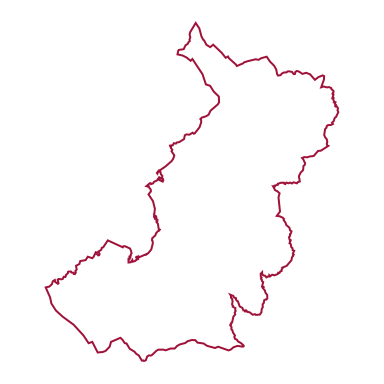 Zapayán, Magdalena, Colombia
{"feature_id": "7082276B87422252526741", "entity_name": "Zapayán", "entity_type": "district", "adm_level": 2, "iso_a3": "COL", "parent_name": "Colombia", "parent_adm1": "Magdalena", "projection": "mercator", "projection_center": [-74.689, 10.137], "detail": "fine", "context": "isolated", "style": "outline", "palette": "rose", "viewbox_px": 384, "rotation_deg": 0, "n_neighbors": 0, "source": "geoboundaries", "source_scale": "gbopen_adm2", "svg_char_len": 5992}
<svg xmlns="http://www.w3.org/2000/svg" viewBox="0 0 384 384"><path d="M88.6,343.2L92.3,341.9L97.7,352.5L102.7,352.0L105.6,350.9L109.7,346.7L111.0,341.9L120.4,337.8L122.5,339.8L124.8,343.2L126.5,343.4L129.7,348.8L134.5,351.7L136.2,353.8L138.8,355.4L141.8,360.6L143.2,360.4L143.9,361.0L145.8,360.3L147.2,356.5L148.9,355.4L150.8,355.6L152.1,354.9L156.5,350.7L158.3,349.7L163.2,349.6L165.5,350.3L170.7,348.5L174.7,348.5L177.2,345.9L179.9,344.4L185.3,343.0L187.6,341.2L191.8,340.0L195.4,340.2L197.4,342.6L203.6,343.5L206.8,345.7L209.1,346.4L215.1,348.0L218.1,346.7L228.6,350.4L230.9,349.5L233.4,347.3L237.4,345.9L242.9,346.7L243.6,346.3L243.7,345.6L241.1,343.2L237.7,341.2L237.2,339.9L235.0,338.8L234.3,337.0L235.0,335.7L233.0,332.5L232.3,330.1L231.4,329.5L231.5,327.0L230.2,325.3L230.5,324.3L231.1,324.3L231.4,322.6L232.1,322.5L233.4,316.6L235.2,314.4L234.7,312.5L235.7,310.9L235.2,310.1L235.4,308.1L232.7,306.7L232.9,305.7L232.1,304.5L232.6,301.0L231.9,298.5L231.0,297.7L231.0,295.9L230.3,294.7L233.3,295.9L234.0,297.5L236.0,298.2L235.9,299.3L236.7,300.6L237.9,301.3L239.7,306.5L242.3,307.8L243.4,310.4L244.9,310.5L245.0,311.4L246.7,311.5L246.7,311.0L247.7,312.0L249.5,312.2L252.7,314.7L255.0,314.2L255.8,314.9L259.8,314.6L261.4,312.4L261.7,309.1L262.8,307.1L262.6,304.3L263.8,302.9L264.2,300.2L265.6,299.4L266.5,299.5L267.3,298.4L267.2,294.9L265.5,292.8L264.9,290.5L262.8,288.0L263.4,287.4L262.8,287.2L263.1,286.7L262.1,286.4L263.2,282.1L261.9,281.0L261.9,280.0L261.0,278.8L261.6,277.8L260.8,276.8L260.7,273.8L262.1,272.3L262.1,273.6L263.2,275.4L265.0,275.7L266.4,277.4L267.7,276.5L269.1,276.5L269.3,275.2L270.3,276.2L272.2,274.7L274.5,275.3L277.6,274.1L278.2,272.8L278.8,273.2L279.6,272.8L280.2,271.5L281.6,271.0L281.5,269.9L282.7,267.9L282.4,267.6L286.6,265.9L291.4,260.3L292.0,257.3L293.2,255.8L292.9,255.2L293.7,254.6L292.9,253.4L294.2,250.8L292.6,250.1L292.5,248.2L291.3,247.2L290.8,244.2L289.5,243.2L290.0,242.5L289.9,240.9L290.5,240.9L290.7,240.2L289.5,239.3L289.0,237.1L290.1,235.8L290.0,234.1L290.8,233.6L291.5,231.3L290.1,230.4L289.4,227.7L286.3,225.0L285.6,222.9L283.6,219.9L284.0,219.0L282.9,217.8L279.8,216.3L276.8,215.9L280.0,211.6L278.5,197.4L279.6,193.3L277.3,191.2L275.1,190.2L273.3,186.7L274.3,187.1L275.2,186.0L274.8,185.6L277.9,184.7L277.8,183.8L280.8,182.8L283.9,182.7L284.3,183.7L285.3,184.0L285.4,183.3L286.5,182.6L288.4,183.3L290.2,182.6L291.9,183.5L293.5,182.3L297.0,183.3L297.8,182.1L299.8,181.5L298.9,176.2L300.6,172.7L303.1,170.1L303.5,165.9L304.8,164.8L305.1,163.2L303.2,159.2L302.1,158.0L304.3,157.1L307.4,157.3L309.5,156.5L313.7,156.0L318.1,150.9L320.8,150.7L328.3,145.9L327.1,145.2L326.8,143.5L327.3,142.0L326.7,139.1L325.4,137.7L324.2,135.1L325.1,129.1L326.5,127.6L326.7,126.1L328.0,125.1L330.8,125.0L332.9,124.0L332.0,122.7L333.7,121.1L334.7,117.9L336.1,116.9L338.3,112.1L337.5,110.1L338.0,108.2L336.8,106.4L335.7,106.6L335.1,106.1L335.9,104.8L334.9,103.9L335.1,102.9L334.4,102.6L335.2,102.1L334.1,101.6L333.1,99.1L333.4,98.5L332.8,98.4L333.4,97.9L332.6,97.3L333.3,95.5L332.6,94.1L333.3,93.9L332.8,93.0L333.6,91.8L333.4,90.8L331.5,89.2L331.3,88.1L329.0,87.1L326.8,87.4L323.8,86.5L321.2,87.3L324.0,79.4L324.1,76.1L322.7,75.4L318.4,77.1L314.9,79.8L310.1,74.3L306.1,72.8L302.5,73.9L298.6,71.4L296.7,71.0L295.3,72.0L294.9,74.0L293.7,74.1L292.0,71.9L288.8,71.3L287.5,71.5L286.5,72.4L283.8,72.5L281.8,73.6L280.6,75.1L278.1,75.6L277.2,74.4L276.2,69.4L274.1,65.7L269.9,61.5L266.7,56.7L261.2,58.2L258.6,59.8L255.5,59.3L247.7,61.2L244.2,62.3L243.0,63.4L236.8,66.0L235.9,64.5L229.0,58.3L228.0,56.5L225.7,57.8L221.5,52.6L213.2,44.7L210.2,47.1L206.4,44.8L204.2,40.5L203.2,39.7L201.5,36.5L199.3,28.4L195.7,23.0L190.2,32.1L189.6,34.4L190.3,37.3L189.5,39.6L189.8,41.0L188.4,42.3L187.9,43.7L185.5,45.3L183.7,49.2L178.9,49.9L178.2,50.8L177.5,54.4L182.6,55.5L186.7,57.6L190.6,60.8L192.4,59.0L202.5,74.2L205.9,84.4L210.1,85.8L213.7,91.5L218.8,96.5L219.1,102.2L217.8,104.4L210.5,110.7L208.6,114.7L205.8,116.4L201.8,117.6L200.4,119.0L201.1,119.7L201.2,122.4L199.5,127.3L194.7,133.4L193.8,133.7L192.7,132.7L189.3,134.7L186.3,134.4L184.8,135.3L184.1,139.0L179.2,142.1L176.8,142.5L175.9,143.6L173.8,143.2L172.8,145.2L170.0,145.6L170.2,146.4L171.3,146.3L170.9,148.0L172.3,149.8L171.5,151.2L174.3,155.4L173.2,158.8L171.7,161.0L165.7,166.3L160.0,170.2L159.0,170.3L156.9,172.9L157.4,173.6L157.8,172.4L160.2,170.9L160.9,174.2L162.4,176.1L161.8,178.1L162.8,178.8L162.4,179.3L163.3,180.2L162.7,181.6L158.9,179.8L158.8,179.4L159.7,179.5L159.8,178.5L160.7,178.0L159.2,177.2L156.9,180.5L153.9,181.9L153.2,183.3L151.1,184.1L150.8,183.3L149.8,183.2L146.4,186.2L147.5,186.5L147.8,185.6L148.7,186.1L149.4,188.0L150.7,189.4L150.9,191.4L148.5,194.4L153.0,201.2L154.9,208.8L154.0,216.7L155.4,219.6L154.3,215.3L156.1,216.3L156.7,219.8L155.5,220.0L157.4,220.0L157.3,221.5L156.5,222.0L157.9,223.8L158.7,229.0L159.8,229.6L159.1,230.7L157.8,231.2L156.0,233.4L155.4,235.3L152.2,238.3L152.0,240.3L152.6,241.0L152.8,243.5L151.3,249.4L148.5,252.9L147.1,254.0L146.4,253.9L145.8,254.9L144.8,254.8L138.6,257.5L138.5,256.5L136.7,256.7L136.1,257.2L136.6,258.1L137.0,257.6L137.6,258.1L138.0,257.5L138.1,258.8L137.3,258.5L137.0,259.1L136.6,258.2L136.8,259.3L135.1,261.0L132.6,261.7L132.3,260.1L130.6,262.3L128.5,262.5L128.5,259.4L129.0,259.7L129.7,258.8L129.4,257.5L130.2,257.5L129.7,256.3L130.8,255.8L130.8,254.4L131.6,253.4L130.8,250.1L129.8,248.4L124.9,246.2L123.3,246.3L122.8,247.3L107.8,240.4L103.2,247.3L101.7,247.9L101.3,249.8L98.4,251.6L99.6,254.1L99.1,255.2L98.2,255.4L96.9,254.0L96.7,252.5L95.8,252.2L93.6,256.8L92.3,258.2L87.8,256.7L85.6,260.1L80.2,261.1L79.4,264.0L76.0,265.8L76.7,269.5L75.4,271.1L75.8,272.5L74.9,274.1L73.7,273.9L73.5,272.8L71.4,272.5L71.0,271.5L68.8,271.5L67.9,272.0L67.9,273.2L65.8,275.1L65.8,276.4L65.2,277.0L63.7,276.8L62.7,279.0L61.5,279.3L58.6,279.0L57.7,279.6L58.5,283.4L57.9,283.8L55.2,281.9L54.8,280.0L52.8,281.3L51.9,284.2L49.3,286.6L45.7,287.4L50.1,297.4L51.4,303.5L55.9,310.5L62.7,316.7L73.6,324.7L83.5,335.5L88.6,343.2Z" fill="none" stroke="#9f1239" stroke-width="2"/></svg>